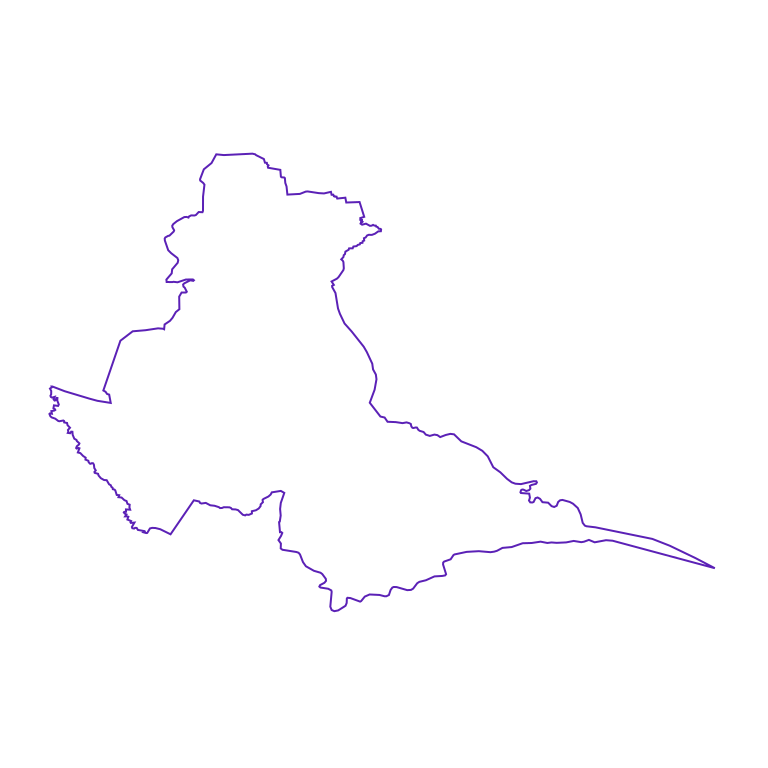 the district of Bang Klam, Songkhla, Thailand, rotated 91°
{"feature_id": "78962969B50484514346142", "entity_name": "Bang Klam", "entity_type": "district", "adm_level": 2, "iso_a3": "THA", "parent_name": "Thailand", "parent_adm1": "Songkhla", "projection": "equal_earth", "projection_center": [100.407, 7.09], "detail": "fine", "context": "isolated", "style": "outline", "palette": "violet", "viewbox_px": 768, "rotation_deg": 91, "n_neighbors": 0, "source": "geoboundaries", "source_scale": "gbopen_adm2", "svg_char_len": 6162}
<svg xmlns="http://www.w3.org/2000/svg" viewBox="0 0 768 768"><g transform="rotate(91 384 384)"><path d="M157.3,555.7L166.1,560.3L172.5,567.9L182.5,571.5L183.8,571.3L186.1,568.3L187.8,567.0L199.8,568.2L214.0,568.0L215.4,568.5L215.3,572.3L218.3,575.0L218.8,576.3L218.8,579.8L220.0,582.0L221.0,582.4L220.4,584.2L220.6,586.6L224.8,593.9L227.8,597.5L229.5,598.5L230.9,598.3L234.0,596.5L235.2,596.9L239.4,601.1L239.7,602.5L241.3,605.2L242.4,605.8L244.4,605.6L254.0,602.1L256.9,599.1L261.6,592.8L263.8,591.9L266.4,592.4L273.0,597.8L277.1,598.2L283.4,603.4L285.8,603.1L285.8,597.4L285.5,596.3L285.9,592.2L283.0,583.9L282.8,576.9L283.6,575.9L284.2,576.5L283.7,579.5L286.8,585.4L288.0,586.6L290.1,586.2L291.2,584.9L295.2,582.8L296.0,583.7L296.1,588.0L300.2,590.3L312.8,589.9L315.7,593.4L321.5,596.6L324.6,599.1L328.3,604.4L333.1,604.8L332.6,606.0L332.3,610.9L334.4,623.5L335.7,636.2L345.3,648.3L395.4,664.5L396.6,662.3L398.8,660.7L399.4,658.6L407.7,656.9L405.8,670.3L403.8,678.2L396.8,703.1L392.3,715.5L392.3,716.3L393.1,716.0L394.4,717.9L396.8,716.6L400.1,716.6L401.6,717.3L402.7,716.9L403.4,715.6L402.6,713.1L405.1,714.1L406.3,713.1L406.1,712.3L403.6,711.1L403.7,710.3L406.2,710.4L410.2,708.8L411.6,709.5L411.1,713.6L414.0,714.1L415.1,712.4L415.7,712.2L416.3,713.1L416.9,716.1L419.5,715.5L419.2,717.4L419.8,718.0L422.1,717.0L423.2,715.7L424.4,712.1L426.7,709.0L426.9,707.9L426.1,704.0L426.6,703.2L428.0,703.1L428.5,700.2L430.7,699.7L433.2,697.2L435.5,699.2L437.2,698.8L438.4,699.3L438.7,696.9L437.1,695.9L437.2,694.7L440.2,694.4L444.1,692.7L445.3,690.5L446.4,690.1L448.7,687.5L449.8,687.9L451.6,690.0L453.4,690.7L453.9,690.2L453.3,688.3L453.6,687.4L457.8,688.9L458.4,686.4L461.2,683.6L462.9,681.0L464.8,681.2L465.9,678.3L467.4,677.9L468.8,676.6L468.9,675.9L468.2,674.6L468.4,673.4L469.9,672.6L473.1,672.2L475.4,670.7L477.0,672.0L477.9,671.7L478.8,668.3L480.5,667.8L483.1,665.5L484.9,662.2L485.0,659.6L489.1,657.1L490.0,655.4L491.6,654.8L492.4,653.6L493.9,653.3L494.3,651.6L495.1,650.8L499.6,649.3L499.8,646.8L501.8,647.5L502.1,644.4L504.7,641.5L505.5,639.4L508.3,638.4L509.1,636.2L511.8,636.4L514.1,635.6L513.9,639.8L516.2,639.7L516.4,641.5L516.9,641.9L518.1,641.0L518.9,639.2L520.9,640.5L520.9,638.1L521.2,637.3L524.0,638.2L525.4,634.5L526.6,635.1L527.3,634.7L526.9,631.1L531.4,633.6L532.6,633.1L532.9,631.3L532.2,630.4L532.2,628.8L534.2,627.5L535.3,620.8L535.7,620.6L536.5,621.8L537.2,619.1L537.0,618.1L532.5,615.5L531.9,613.3L532.0,610.0L533.1,605.2L538.0,594.8L503.6,572.1L504.7,566.6L506.0,566.0L506.7,564.5L506.0,560.1L508.3,555.6L508.7,551.3L510.0,547.0L510.9,545.8L510.8,543.9L510.0,542.0L510.0,536.4L510.6,534.9L511.9,533.7L512.0,530.2L512.6,527.8L517.2,522.9L517.8,520.5L517.0,519.4L517.2,516.9L515.8,513.8L513.5,513.9L512.5,509.9L510.7,507.1L508.3,505.3L506.5,505.2L504.3,503.0L502.0,503.4L501.1,502.6L498.5,497.6L496.5,495.4L494.3,494.3L492.7,485.3L494.6,481.8L504.7,485.1L510.8,485.7L517.3,485.0L523.4,485.8L523.9,486.5L534.0,485.4L533.9,484.0L534.7,483.1L537.7,484.3L541.9,486.8L545.3,484.3L550.2,484.4L551.5,482.7L553.5,468.7L554.2,466.5L555.9,465.0L563.5,461.9L567.6,458.9L572.0,450.8L573.8,444.2L575.1,442.4L579.8,438.8L581.8,438.5L583.8,440.1L586.2,444.4L587.7,445.1L588.6,444.0L589.7,436.2L591.3,433.1L592.7,432.7L607.6,433.8L610.9,432.4L612.0,429.7L611.2,425.9L606.4,418.6L603.6,417.5L599.1,417.4L598.4,416.8L598.6,413.9L602.0,404.1L601.5,403.1L596.9,399.5L594.7,394.7L595.0,384.8L596.2,379.8L596.2,378.0L594.9,375.4L589.8,373.8L587.4,372.1L586.8,370.8L586.8,367.9L589.7,357.2L589.4,353.4L588.1,351.3L582.6,347.3L581.2,345.2L579.5,338.7L575.5,330.2L574.9,322.4L574.3,319.5L573.1,318.6L563.4,321.8L561.5,321.7L560.5,320.8L558.1,314.3L553.9,311.6L553.2,310.6L550.4,298.4L549.5,286.3L550.3,274.6L549.7,270.9L548.8,268.1L545.8,262.7L544.8,253.5L540.8,242.6L540.4,233.6L538.9,224.7L540.1,217.9L539.5,213.8L539.8,208.5L539.2,199.1L537.6,191.6L538.7,184.0L538.2,181.3L536.3,176.4L538.6,170.6L536.3,159.3L536.7,152.7L562.4,50.0L552.7,69.4L540.7,95.5L534.2,113.0L523.6,170.1L522.7,179.1L522.1,180.7L519.4,182.9L510.9,185.1L504.6,188.1L500.4,192.9L498.7,196.2L496.8,203.5L497.2,205.9L498.9,207.8L502.7,209.2L504.0,211.7L503.2,214.3L499.8,217.8L499.4,223.5L496.1,226.0L494.8,228.4L495.5,230.5L499.4,232.4L499.9,233.7L499.8,235.7L498.0,237.0L495.1,236.1L491.1,236.9L490.6,245.2L489.9,245.7L487.8,245.1L487.1,244.0L487.2,242.7L488.5,239.9L487.6,237.1L486.1,235.8L483.3,236.3L482.4,234.8L481.2,230.3L479.8,229.4L478.6,230.0L478.6,232.8L481.7,245.3L481.4,250.9L480.1,254.6L476.7,259.3L470.3,266.1L465.3,273.3L454.5,279.0L449.1,284.5L445.6,290.6L440.0,305.7L433.1,313.1L432.7,316.8L433.9,321.4L436.1,326.9L434.2,329.7L433.7,332.7L435.1,337.3L433.9,341.3L431.3,343.6L430.2,347.5L429.2,348.9L427.0,350.3L426.9,351.4L427.5,353.9L427.3,354.8L426.0,355.9L423.5,356.5L422.7,358.1L422.0,360.8L422.8,364.8L421.9,371.6L421.7,379.8L417.5,382.8L416.6,387.0L403.0,397.9L389.9,393.3L379.4,391.6L374.7,392.3L369.6,395.2L363.9,396.1L352.4,401.7L347.1,404.9L332.0,417.3L324.2,424.5L314.6,429.3L309.3,431.3L293.9,434.1L288.0,437.5L286.8,437.6L285.8,435.9L282.4,438.2L279.5,432.9L277.9,431.3L270.8,426.6L269.0,426.2L262.8,426.7L261.4,427.4L260.1,428.9L257.8,426.8L255.9,426.5L254.8,425.3L252.3,424.9L250.4,421.7L249.0,421.3L248.9,417.7L247.1,417.0L246.6,413.8L245.4,412.7L244.8,410.6L243.5,410.2L243.2,408.0L241.6,407.8L240.9,406.3L238.6,406.6L237.8,404.9L235.8,403.5L235.1,401.9L235.1,398.7L233.9,395.7L231.5,392.4L231.3,389.8L229.5,389.6L229.0,390.1L228.8,391.9L227.1,393.2L226.8,394.5L225.8,394.9L225.8,396.4L225.1,397.7L225.9,399.1L226.1,400.8L224.0,404.8L225.1,408.7L224.1,410.2L223.1,409.5L222.7,410.7L222.7,408.8L222.2,408.3L220.9,409.9L220.5,408.1L219.9,410.5L218.5,410.6L217.2,406.7L202.5,411.6L203.2,424.9L198.4,425.9L199.4,434.0L197.5,434.7L197.6,436.2L197.1,436.5L197.1,437.4L195.6,438.0L195.7,439.7L192.8,440.4L194.5,447.3L194.3,452.5L192.8,463.7L193.0,465.6L195.4,471.4L196.3,483.9L188.2,484.9L184.7,486.2L179.9,486.7L179.3,487.3L179.1,490.0L178.5,490.7L171.7,491.4L169.8,503.7L168.6,504.0L167.4,503.3L166.3,504.8L164.9,505.0L164.8,506.9L161.2,508.0L157.4,515.9L156.6,516.8L156.0,519.6L157.9,548.1L157.3,555.7Z" fill="none" stroke="#5b21b6" stroke-width="2"/></g></svg>